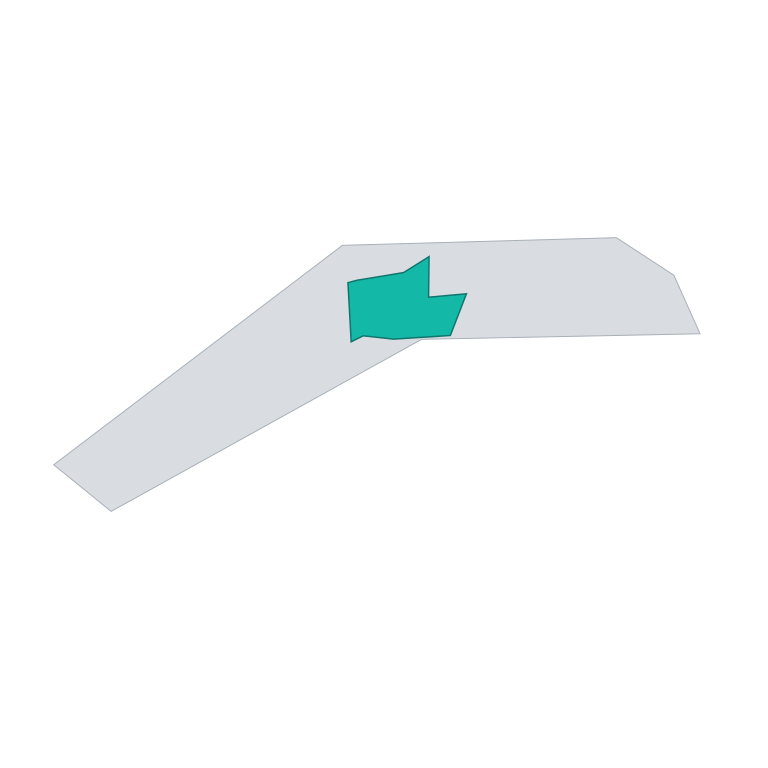 where Devonshire sits in Bermuda, rotated 205°
{"feature_id": "BMU-5136", "entity_name": "Devonshire", "entity_type": "state/province", "adm_level": 1, "iso_a3": "BMU", "parent_name": "Bermuda", "parent_adm1": "", "projection": "equal_earth", "projection_center": [-64.76, 32.301], "detail": "fine", "context": "in_parent", "style": "filled", "palette": "teal", "viewbox_px": 768, "rotation_deg": 205, "n_neighbors": 0, "source": "natural_earth", "source_scale": "10m", "svg_char_len": 461}
<svg xmlns="http://www.w3.org/2000/svg" viewBox="0 0 768 768"><g transform="rotate(205 384 384)"><path d="M480.3,492.1L235.3,614.8L167.3,605.1L118.8,563.1L368.8,440.4L577.5,153.2L649.2,171.2L480.3,492.1Z" fill="#d9dde1" stroke="#a8b0b8" stroke-width="1"/><path d="M344.4,456.0L394.3,428.7L423.2,418.9L431.6,408.4L459.5,460.6L452.2,466.7L413.3,493.3L397.0,518.5L380.3,481.5L347.4,500.6L344.4,456.0Z" fill="#14b8a6" stroke="#0f766e" stroke-width="1.5"/></g></svg>